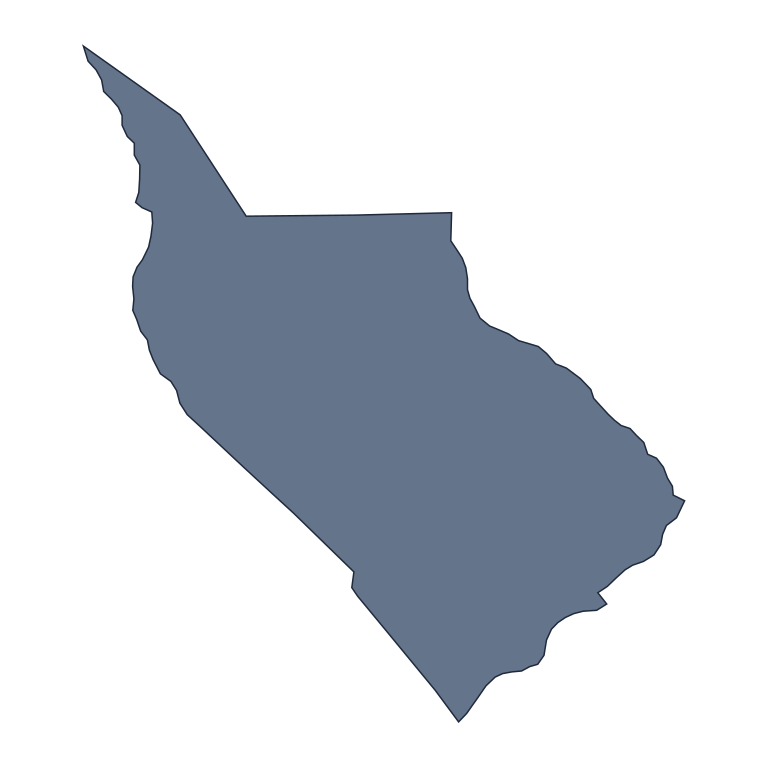 Passo de Camaragibe, Alagoas, Brazil
{"feature_id": "56859067B78518130671602", "entity_name": "Passo de Camaragibe", "entity_type": "district", "adm_level": 2, "iso_a3": "BRA", "parent_name": "Brazil", "parent_adm1": "Alagoas", "projection": "natural_earth1", "projection_center": [-35.496, -9.247], "detail": "fine", "context": "isolated", "style": "filled", "palette": "slate", "viewbox_px": 768, "rotation_deg": 0, "n_neighbors": 0, "source": "geoboundaries", "source_scale": "gbopen_adm2", "svg_char_len": 1527}
<svg xmlns="http://www.w3.org/2000/svg" viewBox="0 0 768 768"><path d="M458.6,721.9L466.7,713.4L471.6,706.4L478.0,697.4L485.9,685.9L495.1,677.1L502.6,673.6L511.8,671.9L521.6,671.0L529.7,666.6L537.7,664.3L544.0,655.3L546.5,640.0L551.5,629.1L557.8,622.6L565.3,617.5L573.8,613.6L583.2,611.2L596.7,610.3L606.7,604.0L597.8,592.7L607.2,586.5L616.5,577.6L625.1,569.8L632.6,565.2L643.5,561.4L654.0,554.9L660.7,544.7L662.6,534.4L666.4,525.5L676.5,517.8L684.6,500.8L673.2,495.1L672.4,486.2L667.5,478.1L663.4,467.2L656.5,458.2L647.7,454.3L643.8,442.5L636.5,435.5L630.0,428.5L621.1,425.5L614.6,420.4L608.0,414.1L599.4,404.7L593.7,398.4L590.8,389.5L580.4,378.6L566.4,368.1L555.6,363.9L546.6,353.5L538.3,346.5L518.5,340.6L508.6,334.0L496.9,329.0L489.6,326.0L480.0,318.1L474.5,306.7L469.9,298.2L467.5,289.7L467.5,278.8L465.8,267.7L462.3,258.3L457.4,250.7L450.8,240.8L451.6,212.7L355.9,215.1L246.2,216.2L180.2,114.9L83.4,46.1L88.1,61.2L96.1,69.9L101.6,79.9L103.7,91.5L111.5,99.2L118.3,107.2L122.1,115.7L122.1,125.3L127.3,136.5L134.3,143.2L134.3,155.1L139.9,165.1L139.6,179.3L138.8,192.4L135.6,202.4L142.1,207.7L151.8,212.0L152.6,223.2L151.0,236.0L148.6,247.1L142.4,259.8L137.0,267.2L133.1,276.8L132.6,286.4L133.9,298.9L132.8,310.4L136.7,319.4L140.7,331.2L147.4,339.9L149.4,350.2L153.1,359.6L160.4,373.8L170.9,381.4L176.6,390.5L179.9,403.2L187.2,414.6L200.7,427.0L212.1,437.7L244.7,468.2L273.2,494.5L293.6,513.2L353.9,571.9L351.8,587.6L357.8,596.4L385.6,630.0L435.3,690.4L458.6,721.9Z" fill="#64748b" stroke="#1e293b" stroke-width="1.5"/></svg>